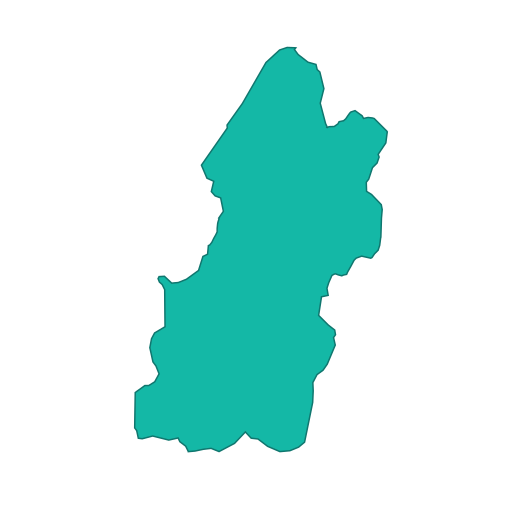 outline of Fria, Fria, Guinea, rotated 348°
{"feature_id": "49546643B99930178329351", "entity_name": "Fria", "entity_type": "district", "adm_level": 2, "iso_a3": "GIN", "parent_name": "Guinea", "parent_adm1": "Fria", "projection": "robinson", "projection_center": [-13.565, 10.528], "detail": "fine", "context": "isolated", "style": "filled", "palette": "teal", "viewbox_px": 512, "rotation_deg": 348, "n_neighbors": 0, "source": "geoboundaries", "source_scale": "gbopen_adm2", "svg_char_len": 2008}
<svg xmlns="http://www.w3.org/2000/svg" viewBox="0 0 512 512"><g transform="rotate(348 256 256)"><path d="M149.1,433.3L155.9,434.1L164.4,434.1L172.1,434.8L179.2,439.6L196.1,434.8L209.0,425.9L213.4,433.2L219.9,435.4L227.8,444.6L238.7,452.3L248.7,453.5L258.0,451.8L264.8,448.2L281.0,411.0L283.9,399.8L285.3,391.6L291.0,384.7L297.9,381.6L303.2,376.6L315.0,359.6L314.9,351.9L317.4,349.5L317.6,344.8L312.3,338.5L304.9,327.1L311.6,309.5L318.4,309.5L318.7,302.3L321.6,297.2L326.2,290.8L328.7,290.0L330.1,290.0L332.6,291.6L335.8,293.2L337.6,292.8L340.8,292.8L342.2,290.8L346.8,285.6L351.1,280.5L353.6,278.9L359.3,278.1L367.8,282.0L369.2,281.6L372.4,278.5L376.7,275.7L379.2,271.3L381.9,263.6L382.0,263.6L382.1,263.3L386.6,245.0L389.1,236.8L389.2,231.8L381.8,219.8L377.6,215.8L379.2,206.8L382.2,204.3L388.3,193.8L393.7,190.3L397.0,184.8L396.6,182.0L406.5,172.4L410.4,161.3L410.3,161.5L410.2,161.5L400.2,146.1L398.6,145.2L394.4,143.8L389.8,143.8L389.0,141.0L383.1,134.4L378.6,134.9L377.3,135.8L375.2,137.7L372.3,140.5L369.8,141.9L365.2,141.9L363.6,143.8L359.4,145.6L354.4,144.7L352.3,145.2L352.0,144.9L352.4,144.5L351.6,141.0L350.6,119.9L357.2,106.4L356.7,89.3L354.6,86.4L354.5,81.1L347.1,77.2L339.1,67.7L336.5,62.0L338.2,60.7L337.7,60.5L329.8,58.5L321.9,59.4L306.0,68.8L274.4,104.0L254.9,121.9L254.5,124.9L221.5,155.8L224.2,169.7L230.2,174.1L225.7,183.7L228.5,188.7L233.5,191.8L233.4,205.5L227.6,211.0L227.8,211.1L227.7,211.2L227.3,212.4L225.9,214.8L225.2,216.4L223.8,220.8L223.0,224.4L220.9,227.1L218.4,229.9L215.6,233.5L212.9,235.7L211.6,235.9L209.0,244.2L204.0,245.4L196.8,258.2L183.1,264.3L174.5,265.8L167.9,265.0L162.2,256.8L156.9,256.0L155.5,257.8L156.1,261.4L158.3,264.4L159.7,269.9L152.3,306.3L140.8,310.2L136.6,315.2L133.1,323.6L133.2,338.2L135.3,342.8L136.7,351.1L130.8,358.0L124.2,360.4L120.4,359.6L109.5,364.4L101.6,398.9L103.0,402.0L103.0,409.8L106.7,411.1L117.5,410.6L132.4,417.9L142.0,417.8L142.9,421.8L147.7,427.4L149.1,433.0L149.1,433.3Z" fill="#14b8a6" stroke="#0f766e" stroke-width="1.5"/></g></svg>